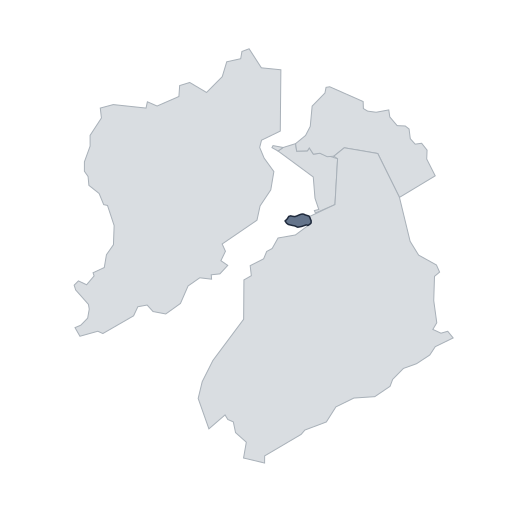 Qatar shown with its bordering countries, rotated 264°
{"feature_id": "QAT", "entity_name": "Qatar", "entity_type": "country or territory", "adm_level": 0, "iso_a3": "QAT", "parent_name": "Asia", "parent_adm1": "", "projection": "albers", "projection_center": [51.193, 25.359], "detail": "fine", "context": "with_neighbors", "style": "filled", "palette": "slate", "viewbox_px": 512, "rotation_deg": 264, "n_neighbors": 4, "source": "natural_earth", "source_scale": "50m", "svg_char_len": 2909}
<svg xmlns="http://www.w3.org/2000/svg" viewBox="0 0 512 512"><g transform="rotate(264 256 256)"><path d="M292.5,319.6L295.1,318.8L295.7,323.3L307.3,320.7L328.6,321.2L358.1,288.9L361.1,294.3L363.6,307.1L356.0,307.4L355.2,318.1L357.9,320.3L351.3,323.7L351.5,330.3L344.2,347.3L298.9,339.9L292.5,319.6Z" fill="#d9dde1" stroke="#a8b0b8" stroke-width="1"/><path d="M347.1,343.8L347.3,337.2L351.5,330.3L351.3,323.7L357.9,320.3L355.2,318.1L356.0,307.4L363.6,307.1L370.7,317.9L379.2,323.5L399.2,327.5L410.9,341.6L416.4,343.3L416.6,347.0L398.4,378.7L391.4,378.2L388.4,382.2L386.4,390.5L387.4,403.3L380.3,403.6L370.9,410.0L369.7,418.0L366.3,421.5L356.5,421.7L350.6,426.0L350.8,432.5L343.4,437.2L334.6,435.9L317.0,442.6L299.3,404.8L345.2,387.8L354.4,355.1L347.1,343.8ZM361.1,294.3L358.1,288.9L362.1,283.2L364.0,284.5L361.1,294.3Z" fill="#d9dde1" stroke="#a8b0b8" stroke-width="1"/><path d="M249.6,226.9L242.0,218.2L242.0,209.5L237.6,209.4L240.2,197.8L233.3,185.3L216.7,175.9L207.8,160.2L211.5,147.8L218.6,142.6L217.9,133.2L209.3,128.0L194.9,95.6L197.7,90.8L194.6,72.5L203.7,68.5L205.5,74.5L211.8,82.1L220.6,84.6L225.4,84.3L241.1,73.1L246.0,72.1L249.8,76.8L245.1,84.5L253.1,92.9L256.4,92.2L260.4,103.9L272.9,107.4L282.1,115.4L301.1,118.1L321.8,113.6L323.0,109.9L334.6,106.5L343.7,97.2L352.6,97.3L358.2,94.2L367.6,95.2L382.6,102.5L393.3,103.6L409.4,116.7L419.4,116.6L421.5,129.9L414.6,162.1L420.7,164.1L415.5,173.3L422.7,196.0L433.5,197.9L435.5,208.2L423.8,223.9L437.9,241.2L452.2,247.2L453.8,261.4L460.9,263.4L462.8,270.8L442.6,281.0L438.6,300.2L377.7,293.2L370.6,273.6L363.6,271.0L352.5,274.3L338.1,282.6L320.2,277.6L305.4,265.3L291.5,260.7L271.5,223.6L263.9,226.1L255.0,220.6L249.6,226.9Z" fill="#d9dde1" stroke="#a8b0b8" stroke-width="1"/><path d="M56.4,222.5L71.8,226.9L82.5,217.2L93.4,216.1L96.3,210.9L101.2,208.6L89.0,191.1L120.4,183.6L136.7,189.4L156.6,202.2L194.4,237.1L233.5,241.5L236.9,249.3L247.0,249.2L252.4,263.3L259.4,267.1L261.8,272.9L271.6,279.8L272.8,297.4L281.1,311.4L285.6,314.6L289.7,313.4L298.9,339.9L344.2,347.3L347.1,343.8L354.4,355.1L345.2,387.8L299.3,404.8L254.5,410.8L239.9,417.8L228.2,434.5L220.8,436.9L217.1,431.4L193.1,428.1L170.7,428.8L164.5,424.2L159.9,431.9L161.1,438.8L153.9,443.5L147.1,424.8L139.4,418.5L132.1,404.4L128.8,390.9L119.0,379.0L112.4,375.7L103.7,359.4L104.5,338.5L97.6,319.7L83.6,308.6L77.8,286.4L73.9,282.3L56.3,243.7L49.2,242.9L56.4,222.5Z" fill="#d9dde1" stroke="#a8b0b8" stroke-width="1"/><path d="M287.9,313.8L286.5,314.1L285.3,314.5L284.2,314.4L283.4,314.3L282.8,314.0L281.8,312.6L281.0,310.8L281.5,309.8L281.7,309.2L280.6,304.5L280.3,300.9L280.4,300.1L281.0,299.3L282.0,297.4L282.5,295.6L284.0,291.4L285.5,289.8L287.8,288.6L289.6,290.9L291.9,292.7L292.3,294.6L291.7,296.3L291.1,298.8L291.4,300.0L291.6,301.0L292.2,302.7L292.8,305.0L292.9,306.5L292.6,307.9L291.8,309.1L290.2,312.8L289.8,313.1L287.9,313.8Z" fill="#64748b" stroke="#1e293b" stroke-width="1.5"/></g></svg>